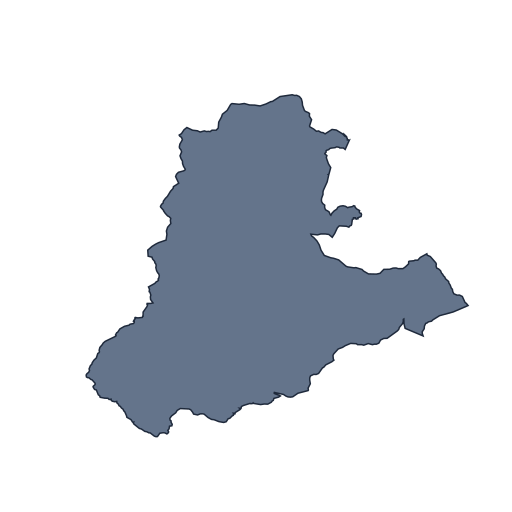 the district of Brosteni, Suceava, Romania, rotated 166°
{"feature_id": "2599482B22592859602374", "entity_name": "Brosteni", "entity_type": "district", "adm_level": 2, "iso_a3": "ROU", "parent_name": "Romania", "parent_adm1": "Suceava", "projection": "natural_earth1", "projection_center": [25.615, 47.201], "detail": "fine", "context": "isolated", "style": "filled", "palette": "slate", "viewbox_px": 512, "rotation_deg": 166, "n_neighbors": 0, "source": "geoboundaries", "source_scale": "gbopen_adm2", "svg_char_len": 6141}
<svg xmlns="http://www.w3.org/2000/svg" viewBox="0 0 512 512"><g transform="rotate(166 256 256)"><path d="M301.3,391.9L301.0,390.8L299.6,389.1L299.3,386.6L302.8,383.0L304.0,380.4L304.1,379.3L303.1,377.0L303.0,375.0L305.5,371.6L305.2,368.5L304.4,365.9L304.9,363.4L304.6,360.4L303.6,357.3L304.3,356.5L305.6,356.1L311.0,356.0L313.4,354.5L314.8,352.5L313.4,345.3L319.3,343.3L320.1,341.6L323.3,339.5L327.5,335.3L330.0,333.8L332.6,331.6L333.5,329.7L335.0,329.1L336.7,327.3L336.7,326.5L334.7,322.7L334.8,322.2L333.8,319.5L332.1,316.3L330.8,315.2L329.6,313.2L330.5,311.2L330.8,308.1L334.8,305.3L336.9,301.9L337.2,298.6L339.4,293.2L347.4,292.5L350.5,291.8L354.5,290.5L359.6,287.9L360.7,281.9L357.2,280.0L357.1,278.2L355.6,275.1L355.8,273.9L355.1,272.4L355.2,270.7L356.0,269.1L356.0,265.8L355.4,263.4L354.7,262.2L354.6,260.3L355.6,258.2L356.6,257.3L356.4,256.2L356.7,255.9L357.8,255.3L358.9,255.2L360.8,253.9L367.8,252.0L367.4,249.5L368.3,247.2L367.7,246.6L367.5,243.5L368.4,241.9L368.8,239.2L367.3,235.4L369.5,235.4L373.1,236.3L373.5,235.7L373.0,234.9L374.0,233.3L379.1,228.9L380.1,225.0L380.4,225.1L381.1,223.9L385.6,224.5L388.0,225.6L388.4,225.3L388.0,224.6L388.2,224.3L388.8,224.3L390.3,222.8L390.1,222.6L390.6,222.3L390.0,221.8L390.2,221.0L391.2,220.1L394.7,220.3L395.8,219.6L400.6,219.6L405.7,218.2L408.7,215.5L409.8,215.2L411.4,213.4L411.0,212.8L411.5,212.1L422.9,209.7L425.3,208.5L426.6,207.2L429.6,205.1L431.0,202.5L431.1,200.9L431.6,200.2L433.1,199.7L435.6,195.7L438.4,194.2L440.7,192.1L441.5,190.7L443.2,189.7L445.3,186.8L445.2,185.3L446.4,183.7L448.5,182.7L449.6,181.6L449.8,179.7L449.0,178.8L447.6,178.3L446.0,176.1L445.0,175.5L442.9,171.4L443.2,170.2L445.6,168.9L445.7,168.0L444.9,165.6L443.3,164.6L442.6,159.5L441.5,158.2L441.4,156.6L437.3,154.7L434.0,153.7L433.2,152.3L431.2,152.1L431.4,151.0L430.6,149.9L428.2,148.7L426.3,148.6L426.5,147.1L425.4,145.5L425.1,143.8L424.0,142.9L423.4,141.2L422.0,139.4L421.8,137.8L421.0,136.5L420.3,132.4L420.3,130.7L416.9,127.5L416.0,124.8L415.5,124.3L414.9,124.4L415.4,123.5L415.2,122.6L410.9,116.9L409.0,115.8L406.3,112.7L404.5,111.9L402.7,110.3L401.5,110.0L398.3,105.9L397.2,105.1L395.7,104.6L395.1,104.8L392.2,107.3L388.8,107.0L387.2,106.4L385.5,104.9L383.7,105.8L383.3,106.7L383.8,108.1L382.2,109.3L381.1,111.8L378.7,111.6L378.0,113.0L378.6,115.1L378.3,116.6L379.1,117.6L378.9,119.3L376.7,121.2L371.8,123.3L369.9,125.2L366.4,126.3L358.1,123.8L356.6,122.7L355.3,119.8L354.8,117.7L351.1,115.9L348.2,116.3L346.0,115.8L344.6,115.1L341.6,110.9L338.7,108.2L336.3,107.3L332.1,104.3L327.6,102.3L325.0,102.4L322.3,104.9L320.8,104.8L317.8,106.6L316.5,106.9L316.3,107.9L315.2,107.9L315.8,108.9L314.3,108.5L313.8,109.2L308.8,110.8L308.2,111.2L308.9,112.3L307.4,111.8L306.5,113.5L304.3,114.0L297.4,114.4L296.8,113.9L294.9,113.7L294.3,114.2L293.9,113.5L287.4,110.7L283.8,110.4L280.4,109.4L276.5,110.4L275.5,111.3L274.1,111.8L273.1,113.5L268.2,113.6L266.2,114.3L267.1,115.2L270.9,117.7L271.6,118.6L271.2,119.2L262.8,115.0L260.8,112.8L259.0,111.5L256.6,110.7L254.4,110.5L248.5,112.7L238.0,112.8L237.6,113.2L237.4,115.2L234.2,118.9L233.9,122.7L233.3,124.9L232.1,126.5L228.6,127.2L226.3,126.5L223.7,126.9L218.5,131.4L217.3,131.6L214.6,133.5L208.1,135.0L205.6,136.1L205.9,137.3L205.4,140.8L204.3,142.2L198.7,145.9L194.1,146.4L191.1,147.4L185.3,148.3L179.8,146.6L178.9,145.4L174.8,144.4L173.0,143.4L168.3,143.9L164.5,141.8L162.3,141.8L160.6,141.3L157.9,141.7L155.5,144.3L152.0,145.1L148.7,144.4L137.0,149.1L135.3,150.2L134.2,152.0L130.2,154.9L129.0,156.7L128.4,158.9L127.8,159.1L128.8,154.5L128.8,149.7L113.2,138.0L113.4,140.4L113.1,142.2L110.4,144.7L109.5,147.3L107.6,149.6L106.4,149.6L104.6,150.4L101.4,150.3L100.0,151.2L92.3,153.7L78.2,154.0L62.2,156.6L63.4,159.2L64.4,160.3L65.6,166.8L67.9,168.8L70.4,169.4L73.2,171.5L73.7,173.9L73.5,176.2L74.3,177.7L74.6,180.8L75.4,183.1L75.3,184.7L77.6,188.0L78.0,190.1L78.9,191.4L79.3,193.1L80.1,194.4L80.5,197.1L81.9,199.2L83.6,200.6L83.7,202.7L83.0,204.5L83.2,205.9L87.0,213.3L89.7,215.4L89.7,216.8L96.9,214.9L100.1,212.8L102.7,213.5L103.9,213.2L108.6,213.9L109.2,213.6L109.9,211.4L113.7,209.3L116.5,208.2L121.0,209.3L123.0,210.5L125.9,211.1L129.5,210.8L135.2,212.1L139.8,209.2L143.5,209.3L151.2,211.4L155.3,215.4L156.4,217.3L161.9,220.6L163.7,220.8L169.8,223.3L171.2,224.4L176.7,232.2L181.2,235.0L183.9,236.2L189.6,240.0L191.5,245.9L191.9,251.3L192.5,253.4L193.3,256.0L195.6,260.1L197.2,262.0L197.5,263.9L191.2,261.6L187.8,261.7L183.4,260.6L180.1,259.3L177.5,255.7L174.1,258.9L170.2,263.7L167.9,265.1L161.1,263.0L158.9,261.5L157.9,262.4L156.2,262.7L155.6,263.4L153.6,268.3L152.2,268.3L152.1,269.5L150.4,269.1L150.4,268.2L149.9,267.5L148.0,267.5L148.2,268.4L144.5,268.9L143.6,270.6L143.7,272.0L144.6,272.3L145.2,273.8L144.5,275.0L147.1,277.5L148.1,279.7L148.0,280.5L149.0,281.2L150.8,280.6L154.1,280.9L155.3,280.7L157.2,282.6L159.4,283.7L162.3,284.0L164.8,283.5L166.3,281.9L169.2,280.9L172.0,279.1L173.5,277.4L173.9,278.0L174.5,281.3L177.3,284.0L177.6,285.4L177.6,286.9L177.0,288.7L178.6,290.8L179.2,292.8L179.0,294.5L178.3,296.3L176.1,299.5L175.5,302.0L174.6,303.6L169.0,310.7L165.8,317.1L166.2,317.6L165.4,317.8L162.1,323.7L163.4,328.0L163.9,333.0L163.9,334.7L162.9,336.3L164.3,338.1L164.4,338.9L163.0,339.6L162.5,341.2L161.7,341.5L159.7,341.6L158.5,342.4L157.0,342.5L152.9,342.0L151.4,342.4L149.0,341.3L148.6,340.6L145.0,339.6L143.7,337.8L137.5,345.7L137.9,345.6L138.1,346.3L139.3,346.5L139.0,348.1L139.4,348.8L139.2,349.4L140.4,350.5L139.7,350.6L141.1,352.8L141.3,351.7L142.5,353.6L147.6,358.8L151.6,360.4L159.4,357.8L161.1,359.5L163.0,360.2L165.0,362.2L167.2,362.4L169.3,365.2L172.5,368.3L172.6,369.2L169.1,374.8L170.4,378.7L169.6,381.3L170.7,382.6L173.0,384.3L173.8,385.5L174.4,391.0L173.9,394.1L174.0,397.5L175.3,400.2L177.7,402.1L179.6,402.4L181.9,403.7L194.1,404.9L202.7,402.0L204.3,402.2L209.5,401.1L215.7,400.6L220.7,402.7L225.7,404.1L230.5,406.8L235.7,407.3L242.4,409.7L243.9,409.2L248.8,404.2L254.3,401.7L255.9,399.2L259.8,394.9L261.7,389.3L264.2,387.7L268.3,388.7L270.5,387.8L272.1,388.5L273.9,388.7L275.9,389.9L280.2,389.8L282.6,391.7L287.1,393.4L292.0,397.4L295.3,395.9L298.7,392.8L301.3,391.9Z" fill="#64748b" stroke="#1e293b" stroke-width="1.5"/></g></svg>